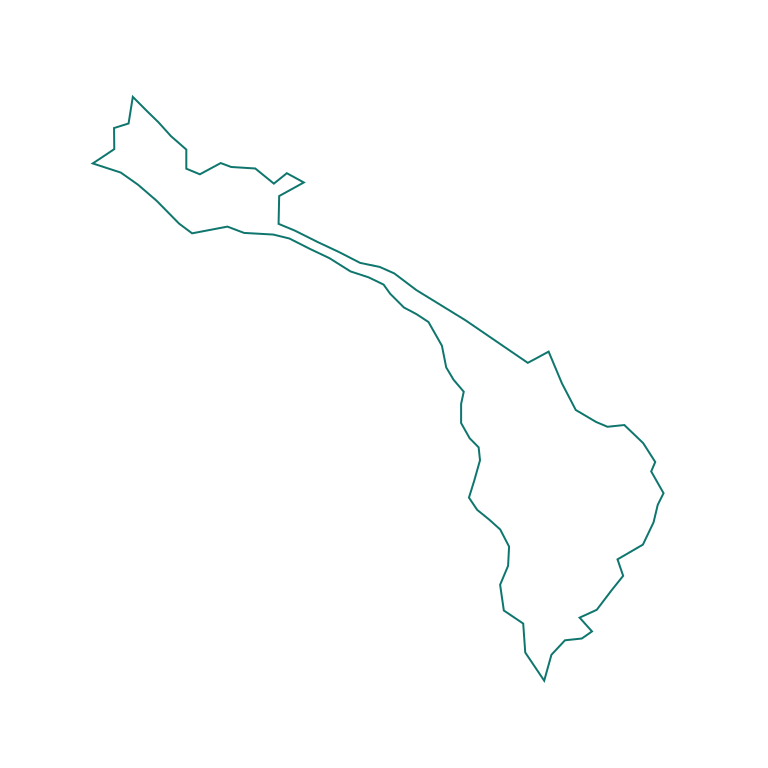 Nikitas, Cyprus (orthographic projection), rotated 354°
{"feature_id": "46923920B78041797088340", "entity_name": "Nikitas", "entity_type": "district", "adm_level": 2, "iso_a3": "CYP", "parent_name": "Cyprus", "parent_adm1": "", "projection": "orthographic", "projection_center": [32.942, 35.183], "detail": "fine", "context": "isolated", "style": "outline", "palette": "teal", "viewbox_px": 768, "rotation_deg": 354, "n_neighbors": 0, "source": "geoboundaries", "source_scale": "gbopen_adm2", "svg_char_len": 1291}
<svg xmlns="http://www.w3.org/2000/svg" viewBox="0 0 768 768"><g transform="rotate(354 384 384)"><path d="M512.3,695.8L522.2,670.8L537.2,657.8L554.1,657.8L565.0,651.8L554.1,636.8L572.0,630.8L588.9,612.8L601.8,599.8L597.9,582.8L624.7,570.8L637.6,549.8L643.6,532.8L650.6,521.8L640.6,498.9L645.6,489.9L635.6,469.9L618.7,449.9L601.8,449.9L590.9,443.9L572.0,429.9L561.0,401.9L551.1,369.0L529.2,378.0L471.5,329.0L426.0,294.0L405.8,275.1L391.9,267.1L373.0,261.1L352.3,247.6L351.8,247.3L333.2,236.1L322.6,229.3L311.3,222.1L295.9,213.7L296.1,212.1L299.4,186.1L325.3,175.2L309.4,164.2L295.4,173.2L278.5,156.2L254.7,152.2L244.7,147.2L222.8,156.2L209.9,149.2L211.9,130.2L198.0,115.2L187.1,100.2L177.1,88.2L164.2,72.2L157.2,98.2L142.3,101.2L140.3,122.2L117.4,134.2L144.3,146.2L160.2,160.1L177.1,178.1L197.0,203.1L208.9,214.1L244.7,211.1L260.6,219.1L262.4,219.4L289.5,223.8L305.1,229.4L324.3,241.8L343.1,253.3L362.4,268.5L379.8,276.3L394.0,285.1L399.5,294.8L411.8,310.0L423.7,318.0L434.7,327.0L445.6,352.0L447.6,374.0L453.6,387.0L462.5,400.0L458.6,411.9L456.6,430.9L463.5,446.9L471.5,456.9L471.5,469.9L463.5,489.9L456.6,505.9L463.5,518.9L474.5,529.9L484.4,540.9L491.4,558.8L488.4,577.8L478.5,595.8L479.5,621.8L497.4,636.8L496.4,665.8L512.3,695.8Z" fill="none" stroke="#0f766e" stroke-width="2"/></g></svg>